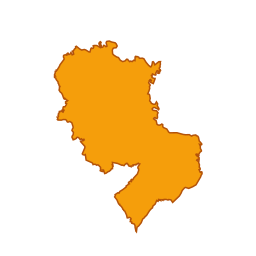 Bombali, Northern, Sierra Leone, rotated 153°
{"feature_id": "65957751B29483301504535", "entity_name": "Bombali", "entity_type": "district", "adm_level": 2, "iso_a3": "SLE", "parent_name": "Sierra Leone", "parent_adm1": "Northern", "projection": "orthographic", "projection_center": [-12.185, 9.331], "detail": "fine", "context": "isolated", "style": "filled", "palette": "amber", "viewbox_px": 256, "rotation_deg": 153, "n_neighbors": 0, "source": "geoboundaries", "source_scale": "gbopen_adm2", "svg_char_len": 5830}
<svg xmlns="http://www.w3.org/2000/svg" viewBox="0 0 256 256"><g transform="rotate(153 128 128)"><path d="M107.5,214.8L108.5,214.3L108.9,213.6L109.3,211.2L109.8,210.3L110.8,210.5L111.4,212.1L112.2,212.7L113.5,211.6L114.2,211.5L115.0,211.8L115.3,212.3L114.4,213.3L114.3,215.8L113.4,216.1L113.1,216.5L113.5,217.5L114.7,217.2L115.5,216.6L115.8,215.3L115.7,213.4L116.3,212.4L118.1,215.3L118.9,216.0L121.0,217.0L121.8,217.0L121.8,215.7L122.7,214.9L123.3,214.9L124.0,215.8L124.8,215.8L127.4,213.0L128.3,213.6L130.2,216.7L131.3,217.8L133.9,218.5L135.2,220.4L136.9,224.3L137.8,224.3L138.5,222.8L139.8,222.7L141.7,221.5L142.8,221.8L143.0,221.4L142.4,220.2L142.8,218.5L144.2,218.4L144.7,218.7L144.3,219.8L144.7,221.1L145.7,220.3L146.9,220.2L147.5,220.5L147.3,221.8L147.8,222.1L148.3,222.0L149.2,220.7L149.6,220.8L149.6,221.6L150.5,221.5L151.7,222.0L152.5,221.8L153.3,220.6L153.3,219.4L153.8,218.2L159.9,215.2L161.0,214.2L164.9,211.8L165.6,212.2L166.1,211.2L167.1,211.5L168.0,209.9L169.2,209.0L169.2,207.3L169.9,207.7L170.2,207.1L170.5,206.4L169.7,205.1L170.0,204.0L169.4,200.7L169.9,199.9L169.8,198.5L170.2,196.6L169.7,196.0L171.0,194.9L171.6,193.4L172.2,193.2L172.2,192.7L172.0,190.6L171.4,189.5L171.3,187.5L171.8,183.8L171.0,183.4L171.5,182.6L170.4,182.2L170.3,181.3L169.3,179.8L170.5,179.5L171.7,179.7L172.4,178.3L171.6,177.6L172.6,176.6L174.5,175.6L175.9,176.2L176.3,176.0L177.6,174.2L176.9,173.1L177.1,172.7L178.1,172.7L178.7,173.4L178.8,172.9L178.3,171.8L178.7,171.6L179.9,173.5L181.7,173.9L181.9,172.9L183.3,172.6L183.9,171.3L184.5,171.2L184.6,170.0L185.4,169.5L186.2,169.8L186.3,167.9L187.1,167.6L186.8,166.9L183.7,165.2L182.0,165.0L179.8,163.8L179.3,162.6L179.4,161.3L178.9,160.5L176.9,160.2L175.7,158.3L176.3,154.4L176.8,153.1L178.1,152.3L179.1,151.2L178.6,148.9L179.9,146.9L180.9,146.5L182.1,145.4L182.2,142.4L181.5,142.6L181.0,142.1L178.7,142.2L178.1,142.8L177.2,142.7L176.5,142.0L176.1,141.0L175.9,139.2L174.5,139.6L174.0,138.3L172.4,138.0L172.4,137.3L174.0,137.0L174.5,137.5L176.4,137.3L174.8,131.2L175.4,130.0L180.5,125.7L180.2,124.6L179.1,123.7L178.1,123.7L179.9,118.4L175.9,113.5L175.5,112.4L175.8,111.3L173.8,110.7L172.7,109.0L172.1,109.1L171.2,108.4L170.3,105.4L171.1,104.1L170.9,103.3L171.3,102.9L172.0,102.9L172.1,102.4L170.7,100.9L170.0,100.6L169.3,102.0L168.9,101.6L169.5,98.0L168.1,97.7L165.5,98.1L164.6,97.9L162.6,98.3L161.2,99.2L160.3,98.8L159.4,100.4L158.7,100.6L158.3,101.8L158.8,101.8L158.7,102.6L158.1,102.7L157.5,104.4L153.3,101.1L150.5,97.7L149.8,97.5L149.0,96.5L148.4,96.2L147.8,96.7L145.9,97.2L145.3,96.6L144.9,96.9L144.3,94.8L144.6,94.5L144.5,93.8L143.1,92.4L143.1,92.7L142.7,92.8L140.9,91.9L140.2,92.1L140.2,92.8L138.9,92.4L137.9,91.6L137.5,92.0L136.7,91.5L135.9,92.1L135.2,91.7L134.7,91.8L134.5,91.0L133.9,90.6L136.8,88.8L137.4,87.9L137.1,86.9L137.8,85.3L140.5,82.8L145.6,80.9L147.0,79.8L148.1,80.6L148.7,80.5L149.4,79.7L149.5,79.3L148.9,79.1L149.3,78.7L150.2,79.6L152.2,79.3L152.5,78.7L152.2,77.7L153.2,77.8L154.1,77.4L156.0,77.2L156.4,76.3L160.4,75.5L164.0,75.2L165.4,74.2L165.6,74.6L166.3,74.5L166.6,74.9L169.8,74.5L170.0,73.5L171.2,72.7L170.5,69.1L170.8,64.5L170.0,63.7L170.4,63.1L169.6,61.2L169.3,59.0L169.5,58.1L169.1,57.3L169.2,56.4L168.6,55.3L168.8,51.2L169.5,48.3L168.9,47.9L167.9,47.9L167.1,47.6L166.5,46.4L166.5,45.5L167.6,45.2L167.7,44.4L168.5,43.6L167.4,42.5L167.9,41.5L166.0,39.5L166.1,37.4L166.6,36.8L167.8,32.5L167.6,31.7L165.0,35.5L162.9,35.9L159.2,37.6L156.3,40.2L153.8,40.7L153.2,41.3L151.3,41.6L146.3,44.6L143.6,45.6L142.5,45.7L141.3,47.1L138.3,47.9L135.3,50.4L134.8,49.4L133.7,50.0L133.9,49.3L133.0,49.7L132.4,49.1L132.6,50.0L131.7,49.5L131.2,48.7L130.4,48.8L129.9,48.0L129.7,48.4L129.2,48.3L129.0,47.7L128.6,47.6L128.1,47.9L126.4,47.0L125.0,45.6L124.2,45.8L122.4,44.5L122.0,41.4L113.1,44.1L110.2,45.9L108.1,47.7L104.8,49.0L103.7,48.9L101.3,46.6L97.2,46.3L93.2,46.5L85.3,51.6L84.7,52.4L82.8,53.6L82.1,55.1L82.5,55.7L83.0,55.8L83.4,55.4L83.8,56.0L83.6,58.6L82.7,58.3L82.3,58.6L82.0,59.6L82.3,60.7L81.0,62.9L80.8,64.9L79.5,66.9L80.7,66.6L81.4,68.1L80.6,68.5L78.6,68.2L78.1,69.4L79.5,72.4L79.5,73.5L79.0,73.8L77.8,72.9L78.1,71.8L77.6,71.1L77.1,71.5L77.0,72.4L74.9,73.7L73.1,74.1L72.8,74.7L72.8,77.0L71.8,79.0L71.7,81.0L70.3,79.7L69.8,79.8L69.5,80.5L70.4,84.1L69.4,87.8L69.6,89.2L70.7,90.2L70.7,91.0L73.4,92.0L75.0,91.9L76.5,94.3L79.7,95.8L81.6,97.1L86.6,101.6L92.9,104.7L93.6,105.8L93.9,109.5L96.2,112.3L96.4,113.4L95.5,115.3L96.1,116.2L97.4,116.0L98.8,116.3L99.8,117.0L100.5,118.2L99.6,121.6L101.0,124.6L100.2,125.1L99.2,125.1L98.7,123.9L97.9,123.2L96.9,124.0L95.7,126.8L94.3,127.9L94.8,130.4L97.5,132.3L98.0,133.3L97.6,134.3L95.8,134.6L94.7,134.0L93.9,132.5L92.9,131.9L92.7,130.4L92.1,130.5L91.6,131.3L91.8,134.5L90.6,136.1L90.8,138.4L93.0,136.9L94.3,137.4L96.0,139.4L95.9,140.6L96.4,142.4L94.8,144.3L93.8,147.4L93.8,148.4L94.9,149.5L92.6,151.4L90.6,153.5L90.1,155.2L88.9,155.9L88.7,156.8L89.1,157.9L89.0,159.1L88.1,159.6L87.8,160.4L86.9,160.6L86.5,161.1L86.0,161.0L85.5,159.7L86.8,158.9L87.1,158.3L85.3,156.1L81.5,159.6L81.4,159.9L82.0,160.1L83.7,162.0L83.0,163.2L83.4,164.0L83.2,164.3L82.0,164.3L81.6,165.0L80.4,163.4L79.3,162.6L78.8,163.0L78.4,164.2L76.2,165.8L75.5,165.6L75.1,164.7L76.6,163.4L75.7,162.6L74.8,162.8L74.5,163.6L72.9,164.4L72.8,165.1L73.5,165.0L73.0,167.2L71.6,167.8L71.4,168.7L70.1,170.2L69.6,171.6L68.9,172.4L70.4,173.1L75.4,172.1L75.2,174.8L75.5,175.7L76.2,175.8L77.8,173.6L79.7,172.1L80.2,172.2L81.2,174.5L82.1,178.4L82.4,182.5L83.5,183.7L86.2,184.9L86.3,186.3L87.7,187.8L88.3,187.7L88.8,188.4L89.4,188.1L91.2,184.9L92.1,185.8L94.2,185.3L95.2,186.4L96.3,186.3L97.0,188.1L97.1,189.3L98.0,189.9L100.3,189.1L102.6,189.6L104.1,191.8L104.5,195.1L105.9,196.5L107.6,199.5L108.0,201.1L106.6,204.5L105.1,205.7L104.3,205.7L102.1,204.9L100.4,206.0L100.3,208.3L100.8,209.8L103.6,212.1L105.2,214.0L107.5,214.8Z" fill="#f59e0b" stroke="#b45309" stroke-width="1.5"/></g></svg>